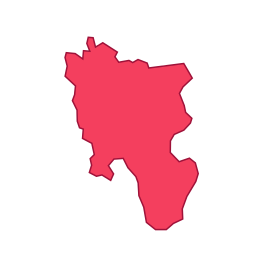 outline of Kanlikul, Karakalpakstan, Uzbekistan, rotated 24°
{"feature_id": "79887680B11359237520420", "entity_name": "Kanlikul", "entity_type": "district", "adm_level": 2, "iso_a3": "UZB", "parent_name": "Uzbekistan", "parent_adm1": "Karakalpakstan", "projection": "robinson", "projection_center": [59.048, 42.737], "detail": "fine", "context": "isolated", "style": "filled", "palette": "rose", "viewbox_px": 256, "rotation_deg": 24, "n_neighbors": 0, "source": "geoboundaries", "source_scale": "gbopen_adm2", "svg_char_len": 969}
<svg xmlns="http://www.w3.org/2000/svg" viewBox="0 0 256 256"><g transform="rotate(24 128 128)"><path d="M49.5,106.3L62.9,110.9L65.7,119.3L66.1,125.6L74.2,132.4L78.9,142.4L83.6,147.5L87.6,147.2L90.7,156.0L101.2,156.7L108.0,166.0L105.9,171.4L109.9,176.8L110.8,184.4L118.8,184.9L123.3,181.5L133.5,182.9L133.5,175.8L125.4,170.4L127.8,162.1L136.0,157.7L144.1,164.3L155.0,169.2L159.6,174.0L165.5,185.4L174.6,193.9L183.2,206.7L194.4,209.6L204.3,205.2L208.3,196.7L215.0,188.9L210.5,179.8L209.6,166.6L211.7,149.3L210.7,141.1L203.7,132.5L196.4,130.6L188.4,138.0L176.6,133.2L172.0,122.5L172.8,115.1L179.9,107.2L183.0,98.1L182.4,93.2L174.3,90.3L170.2,84.6L160.9,75.5L161.5,68.1L166.4,56.3L152.7,46.4L122.6,64.7L119.1,60.9L109.3,61.4L105.7,66.3L101.4,65.9L92.8,71.7L87.1,68.3L87.4,63.0L70.3,60.4L65.4,67.3L59.4,59.7L54.8,61.3L56.0,67.5L61.9,73.4L55.9,75.5L58.6,83.3L49.5,81.5L41.0,84.3L41.8,89.2L47.3,96.2L49.5,106.3Z" fill="#f43f5e" stroke="#9f1239" stroke-width="1.5"/></g></svg>